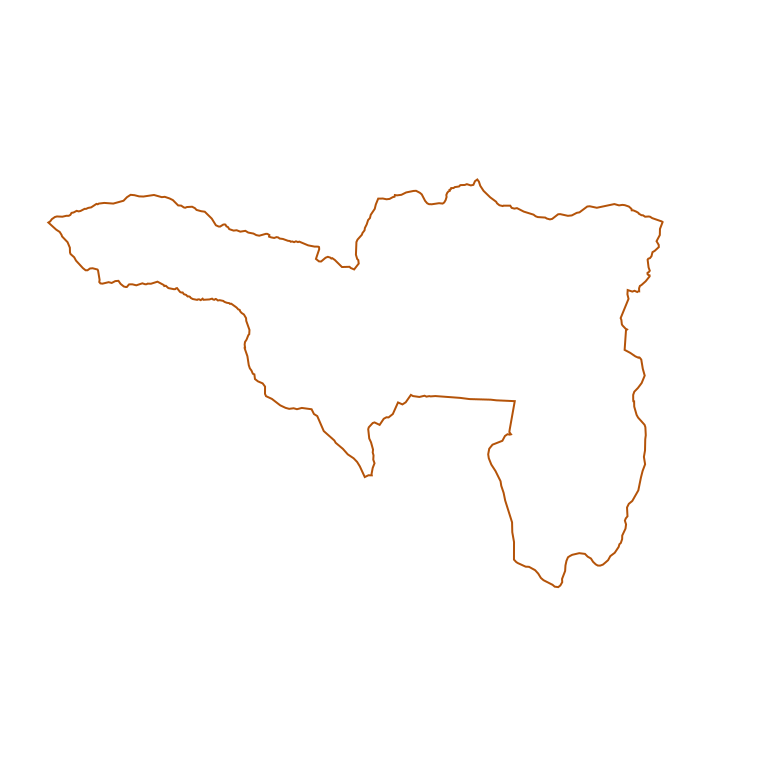 Palanca, Bacau, Romania, rotated 260°
{"feature_id": "2599482B22231725486126", "entity_name": "Palanca", "entity_type": "district", "adm_level": 2, "iso_a3": "ROU", "parent_name": "Romania", "parent_adm1": "Bacau", "projection": "equal_earth", "projection_center": [26.107, 46.519], "detail": "fine", "context": "isolated", "style": "outline", "palette": "amber", "viewbox_px": 768, "rotation_deg": 260, "n_neighbors": 0, "source": "geoboundaries", "source_scale": "gbopen_adm2", "svg_char_len": 6152}
<svg xmlns="http://www.w3.org/2000/svg" viewBox="0 0 768 768"><g transform="rotate(260 384 384)"><path d="M177.7,581.9L182.8,586.8L185.3,588.0L186.3,589.6L189.9,591.6L193.4,592.3L199.6,596.7L203.7,598.0L207.6,597.5L209.7,598.8L211.4,600.8L220.2,601.9L223.5,604.3L225.7,608.2L235.1,616.0L247.3,620.8L253.5,623.6L259.6,627.2L267.1,627.3L273.2,629.5L284.3,631.7L288.1,632.9L296.1,633.9L298.6,633.5L306.8,628.4L309.7,627.4L318.3,626.5L323.5,627.3L323.7,626.6L325.3,626.7L330.0,627.5L333.0,629.2L336.0,633.4L340.2,637.9L347.0,642.2L354.1,641.5L363.4,641.6L365.5,640.4L366.0,639.7L365.7,639.1L367.6,636.3L372.0,631.8L375.8,626.9L394.7,631.6L395.5,632.8L396.4,631.6L400.3,629.0L401.6,628.6L405.9,628.9L407.8,628.5L425.4,639.6L430.1,639.3L434.2,640.3L431.9,644.6L432.3,646.9L430.6,649.4L431.2,650.8L431.0,651.4L433.9,651.8L436.1,653.0L436.8,654.8L439.7,659.5L443.9,664.3L444.9,664.4L445.4,663.3L446.5,662.6L447.7,662.8L448.5,664.6L449.4,665.4L452.9,664.8L460.6,665.2L461.5,666.0L461.8,667.8L463.4,669.6L467.2,671.3L468.1,673.7L471.1,678.4L473.3,678.7L477.3,677.2L482.8,681.5L488.8,682.7L495.1,686.5L495.9,685.7L500.8,676.9L502.5,675.1L503.0,673.8L503.4,670.2L505.2,668.3L505.5,666.9L507.5,664.5L508.3,664.3L509.9,662.4L511.7,659.7L512.0,658.1L513.5,658.1L516.2,656.0L518.3,652.2L519.0,649.9L519.1,646.5L521.2,642.1L520.6,624.2L523.3,617.5L523.5,615.0L519.1,606.3L519.1,603.6L517.4,598.2L517.7,594.3L520.7,587.0L520.9,584.9L517.4,578.3L517.3,576.0L518.7,573.0L519.9,571.7L521.7,564.4L522.9,562.4L524.8,560.7L529.5,551.6L534.1,545.5L534.1,542.8L535.3,540.3L537.7,539.3L538.9,532.5L538.6,531.9L540.0,528.7L542.3,526.7L544.0,526.1L549.4,521.0L556.9,515.6L562.5,513.2L566.8,512.6L569.2,511.4L567.9,508.8L564.6,506.6L564.5,504.0L566.4,500.3L566.0,498.1L566.6,493.7L565.5,492.2L565.6,487.9L564.9,486.5L565.3,484.2L564.2,483.6L563.9,482.3L562.9,482.4L562.4,480.8L561.2,479.4L559.3,478.2L557.3,478.1L554.4,476.6L552.3,474.8L551.5,473.1L552.5,469.6L552.7,462.3L553.3,459.5L554.5,457.9L557.2,456.3L564.2,454.1L566.1,452.5L568.7,449.1L569.0,446.5L568.8,439.1L567.3,434.0L567.5,429.6L568.2,427.5L566.6,426.9L566.5,425.1L565.3,421.6L565.5,418.5L566.8,415.2L567.6,410.5L562.2,407.1L558.1,405.3L552.9,400.3L549.9,399.0L548.2,396.8L544.2,394.7L541.0,392.3L538.7,391.5L536.4,389.0L534.8,388.1L530.8,383.0L528.6,381.5L516.2,378.8L511.8,379.3L510.5,380.2L507.0,380.0L502.0,374.5L504.1,371.3L505.4,370.4L506.5,362.9L514.7,357.1L516.9,354.9L516.7,353.9L517.7,353.2L519.0,350.8L518.5,348.4L515.6,343.4L516.0,341.3L519.0,338.7L528.0,343.6L530.1,343.8L530.7,343.0L531.4,339.4L533.7,333.4L538.9,325.3L538.7,323.9L539.8,322.1L539.3,320.1L540.3,318.4L540.3,316.8L541.2,316.1L541.7,314.3L544.4,309.6L545.4,306.4L546.6,305.4L547.3,303.7L546.9,301.2L548.0,298.3L549.1,296.4L550.6,297.0L552.1,295.2L552.4,293.8L551.7,286.9L552.8,284.1L554.8,281.6L556.7,276.6L558.9,274.1L559.0,268.9L561.0,265.6L561.2,262.5L563.4,258.5L565.6,257.6L566.6,256.2L568.5,255.5L568.8,254.9L568.9,253.4L567.5,249.9L567.8,248.5L569.5,246.0L576.8,243.1L584.8,237.4L585.9,234.0L588.0,229.6L590.0,228.3L591.9,225.8L592.5,220.6L592.1,218.9L592.6,217.6L594.9,215.2L595.6,212.3L601.8,208.0L604.0,205.0L606.4,200.6L606.6,197.6L610.1,190.3L610.4,179.6L611.3,175.4L613.3,171.0L614.3,167.3L612.6,163.3L609.7,159.3L608.7,148.7L610.9,140.0L611.2,134.5L610.7,133.3L611.3,132.1L608.8,126.3L608.8,123.3L608.2,121.0L608.5,119.6L607.1,115.2L607.0,113.3L607.9,111.4L606.8,108.0L606.8,106.0L605.0,104.5L604.4,102.8L604.8,100.3L604.6,96.3L605.8,91.0L605.6,88.9L604.0,85.5L602.1,83.5L601.3,81.5L592.9,88.0L590.1,91.0L587.0,92.3L585.2,92.6L578.6,97.0L572.8,98.3L568.0,97.6L566.4,97.9L562.6,100.9L559.0,102.1L550.4,107.6L547.8,109.9L547.5,111.8L548.8,114.5L548.6,117.1L546.5,121.7L545.5,122.1L535.9,122.0L533.9,121.3L532.3,122.2L531.7,124.2L532.1,130.5L530.8,133.4L532.0,137.2L531.7,140.4L528.3,142.0L525.2,144.7L524.3,146.7L524.2,147.6L526.3,150.1L526.3,151.0L525.9,153.4L524.2,157.2L525.1,163.5L523.7,166.1L523.5,167.6L523.9,168.6L523.2,171.9L524.1,178.7L519.7,184.3L518.6,184.6L518.6,186.2L515.9,188.3L513.8,193.7L513.7,195.0L514.2,195.5L514.4,196.8L510.1,199.1L509.3,200.2L509.1,201.6L507.2,202.5L506.1,204.6L504.3,205.8L504.2,207.0L503.6,208.0L502.4,208.6L500.9,210.4L499.3,214.6L499.6,215.3L499.5,216.6L498.4,218.1L499.5,220.2L498.3,220.8L497.6,226.7L497.9,229.5L496.8,230.5L496.4,231.6L497.0,232.8L496.8,233.4L495.1,234.9L495.1,236.7L493.7,240.2L492.6,241.1L491.3,243.3L490.5,245.6L489.6,246.3L489.7,247.3L489.3,247.8L484.9,252.1L482.7,253.5L482.1,254.7L480.5,255.0L478.7,256.1L476.8,258.1L472.8,259.6L470.1,259.3L460.6,260.9L456.4,259.9L455.7,258.9L451.5,256.3L449.5,254.4L447.0,253.6L444.0,253.5L444.0,253.1L443.2,253.0L435.1,254.3L426.1,254.1L422.7,254.6L420.3,255.8L416.9,256.6L416.0,258.0L411.3,257.8L408.5,260.3L405.7,264.6L402.1,266.4L395.0,265.1L392.5,265.7L388.8,271.0L381.0,278.1L377.6,282.9L376.0,286.3L375.8,290.8L374.3,293.9L374.7,298.9L371.7,308.3L366.6,309.8L364.0,312.7L348.1,316.5L337.0,325.3L334.5,326.2L327.2,332.3L321.0,336.1L316.1,341.2L311.9,344.0L307.1,345.9L295.7,348.9L296.8,352.8L296.2,356.1L297.5,356.1L303.3,358.3L307.6,360.9L311.4,360.3L315.6,361.3L318.5,361.0L321.3,361.8L328.8,361.1L332.9,360.0L342.2,360.6L344.0,361.5L347.5,366.1L347.8,368.0L344.5,372.6L349.8,377.7L350.8,380.6L350.3,382.7L352.9,387.5L363.4,394.6L360.7,398.6L362.2,402.2L368.6,408.6L367.1,410.4L365.1,416.6L365.4,421.9L364.2,423.6L364.2,426.5L363.7,427.8L363.2,432.5L357.1,456.6L354.3,465.6L350.0,486.5L348.4,491.9L344.4,509.8L317.1,499.8L314.9,499.1L312.4,500.3L312.3,499.0L313.1,496.9L311.8,494.1L307.5,490.7L305.4,480.3L302.0,476.4L296.7,474.4L292.7,474.3L286.0,475.7L278.9,478.7L268.0,481.9L263.4,481.8L256.1,482.9L248.3,483.1L225.5,486.1L215.8,484.6L205.8,484.6L188.5,481.5L185.7,483.3L184.4,484.7L179.5,491.8L178.8,495.0L174.4,500.5L170.4,503.0L165.8,504.8L163.1,507.0L156.9,515.2L154.8,516.9L153.7,520.3L155.0,522.7L157.9,525.1L161.1,525.5L168.4,529.9L173.8,531.2L178.2,533.0L181.4,535.1L182.3,537.2L183.1,539.7L183.5,546.9L181.8,552.4L178.6,554.6L176.2,557.5L172.6,559.0L169.6,561.2L168.1,563.0L167.6,565.3L168.1,568.2L169.6,570.8L171.6,574.1L175.2,577.0L177.7,581.9Z" fill="none" stroke="#b45309" stroke-width="2"/></g></svg>